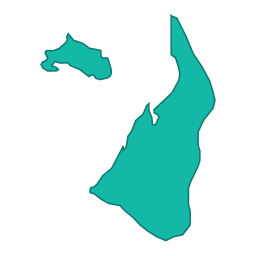 Kwail, Hwanghae-namdo, North Korea (Albers equal-area conic projection)
{"feature_id": "82179303B47267328602468", "entity_name": "Kwail", "entity_type": "district", "adm_level": 2, "iso_a3": "PRK", "parent_name": "North Korea", "parent_adm1": "Hwanghae-namdo", "projection": "albers", "projection_center": [124.924, 38.427], "detail": "fine", "context": "isolated", "style": "filled", "palette": "teal", "viewbox_px": 256, "rotation_deg": 0, "n_neighbors": 0, "source": "geoboundaries", "source_scale": "gbopen_adm2", "svg_char_len": 1417}
<svg xmlns="http://www.w3.org/2000/svg" viewBox="0 0 256 256"><path d="M190.2,218.8L190.2,211.4L188.4,203.7L188.5,197.8L188.5,188.1L190.4,182.2L192.3,178.3L197.9,166.6L199.8,160.8L199.9,151.0L198.1,145.2L198.2,131.6L203.8,119.9L211.5,110.2L213.1,108.2L215.0,100.4L213.2,92.6L209.6,80.9L202.3,67.3L193.2,53.6L185.9,36.0L176.8,18.1L171.9,16.1L171.2,15.4L171.2,54.8L175.5,57.8L178.8,68.0L179.8,74.8L178.8,80.3L171.8,93.1L171.2,93.6L154.0,109.7L154.3,113.0L157.4,114.6L159.3,117.4L157.3,119.9L157.1,121.7L155.1,125.0L152.4,124.6L151.9,117.6L148.9,110.6L148.8,103.6L146.6,105.8L143.0,114.2L142.6,114.5L135.7,120.5L131.5,131.4L128.0,136.1L126.1,147.4L123.4,150.3L123.3,146.0L111.6,168.4L103.0,175.4L98.3,182.2L97.0,184.2L94.1,186.8L90.6,187.9L89.9,191.1L90.2,192.7L94.1,193.7L101.5,199.5L108.8,203.5L119.9,205.5L125.4,211.3L132.8,217.2L140.1,225.0L147.5,230.9L156.7,236.7L165.9,240.6L173.4,236.8L182.6,234.8L190.1,225.1L190.2,218.8ZM101.1,56.2L100.7,50.4L89.3,48.2L82.6,43.3L73.6,40.3L68.2,33.7L66.7,37.0L67.3,39.7L66.1,42.3L65.5,42.8L59.1,48.5L53.8,50.6L46.2,50.6L45.1,52.8L47.7,58.3L45.3,61.1L42.8,61.7L41.0,64.5L42.9,68.1L47.8,71.0L56.4,70.9L58.4,69.6L56.8,67.7L51.7,65.6L55.1,61.4L60.2,63.1L67.8,62.8L70.3,65.6L79.5,69.4L89.0,76.6L91.8,74.8L93.6,75.2L95.7,78.2L99.8,79.6L107.6,77.9L110.0,76.3L111.3,73.5L111.1,69.3L108.1,59.0L107.0,57.8L102.5,58.1L101.1,56.2Z" fill="#14b8a6" stroke="#0f766e" stroke-width="1.5"/></svg>